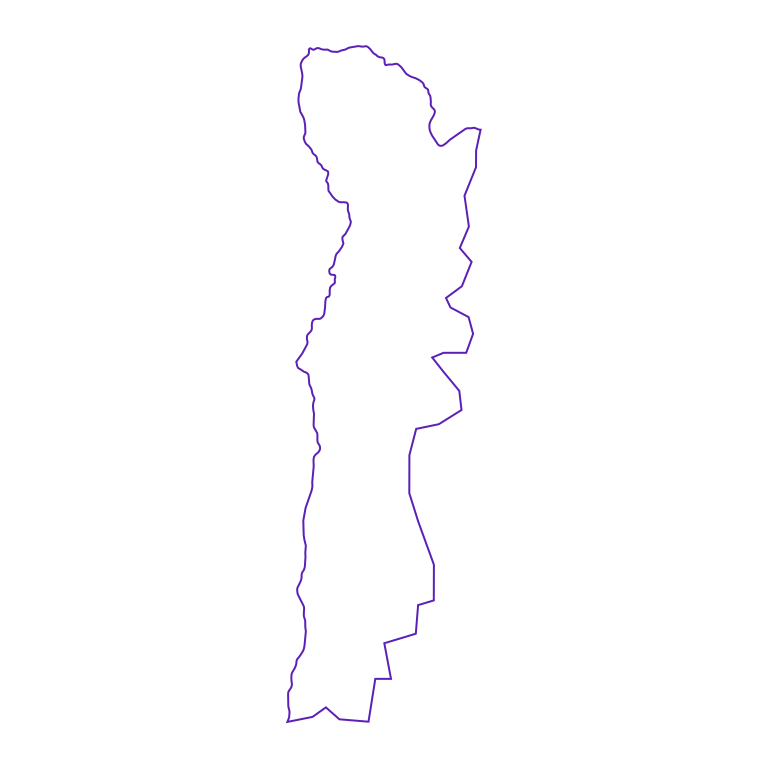 an SVG outline of Alaotra-Mangoro
{"feature_id": "MDG-5860", "entity_name": "Alaotra-Mangoro", "entity_type": "Autonomous Province", "adm_level": 1, "iso_a3": "MDG", "parent_name": "Madagascar", "parent_adm1": "", "projection": "albers", "projection_center": [48.177, -18.018], "detail": "fine", "context": "isolated", "style": "outline", "palette": "violet", "viewbox_px": 768, "rotation_deg": 0, "n_neighbors": 0, "source": "natural_earth", "source_scale": "10m", "svg_char_len": 5223}
<svg xmlns="http://www.w3.org/2000/svg" viewBox="0 0 768 768"><path d="M291.9,683.7L291.4,680.0L291.4,675.5L291.7,673.9L292.1,672.7L294.6,668.4L295.8,665.7L296.3,663.7L296.5,661.3L296.8,660.0L297.3,659.1L299.7,656.2L302.8,651.4L303.5,649.9L303.9,648.5L304.5,645.7L305.7,633.2L305.8,630.8L305.3,627.1L305.2,620.4L304.2,617.5L303.9,616.1L303.8,614.2L304.1,608.7L304.0,607.1L303.7,606.1L297.9,594.6L297.5,593.1L297.2,590.6L297.2,589.0L297.5,587.7L300.5,581.6L301.3,579.2L301.6,577.3L301.6,574.9L301.8,573.6L302.2,572.5L303.2,571.1L303.9,569.8L304.6,567.9L304.9,566.0L305.5,556.9L305.3,552.6L305.8,546.2L305.7,545.0L304.4,539.8L303.7,535.2L303.3,520.5L305.6,507.9L311.6,490.6L312.3,487.2L312.4,484.8L312.2,482.4L313.7,466.5L313.5,459.7L313.8,458.0L314.0,456.9L314.3,456.3L315.3,454.9L318.3,452.3L319.0,451.3L319.9,449.7L320.1,448.4L320.0,447.1L319.8,446.1L319.4,445.2L317.9,442.8L317.5,441.4L317.4,439.5L317.4,434.3L317.1,432.9L314.3,428.0L313.8,426.8L313.6,425.1L314.0,413.4L313.9,413.0L313.7,412.4L313.2,409.1L313.0,405.3L313.3,403.2L313.7,401.4L314.4,399.7L314.4,398.5L314.2,397.6L313.2,395.8L312.4,393.9L311.6,389.6L310.9,387.6L309.6,385.0L309.3,384.0L308.6,375.6L308.3,374.6L307.8,373.8L307.2,373.2L306.4,372.7L303.6,371.5L302.0,370.4L301.3,369.9L298.8,368.4L298.0,367.8L297.5,366.7L297.1,365.7L296.3,361.7L302.3,353.4L307.1,344.4L307.6,342.3L307.1,340.0L306.9,338.6L307.0,336.4L307.4,335.1L308.0,334.2L310.0,332.2L311.3,330.6L311.8,329.2L311.9,328.0L311.8,325.0L312.1,322.5L312.6,321.1L313.2,320.2L313.8,319.7L314.2,319.4L315.0,319.2L315.9,318.9L317.0,318.8L318.1,318.9L319.3,318.9L320.7,318.5L322.8,316.6L323.7,315.2L324.2,313.8L325.0,308.0L325.4,301.0L326.0,298.2L326.8,297.2L328.8,296.6L329.4,295.7L329.7,294.7L329.7,290.3L330.1,287.8L330.8,286.5L331.6,285.6L333.5,284.2L334.7,283.1L334.9,282.0L334.7,279.6L335.2,277.7L335.3,276.5L335.1,275.5L334.3,275.0L330.9,274.6L330.0,273.9L329.5,272.9L329.2,271.1L329.4,269.8L329.8,268.9L332.2,267.0L333.2,265.8L333.9,264.2L335.6,256.2L336.1,254.7L336.7,253.6L338.5,251.8L339.7,250.2L342.0,246.8L342.9,244.8L343.4,243.3L342.5,240.0L342.4,238.0L342.7,236.8L343.3,236.0L344.7,234.8L345.8,233.3L349.7,226.1L350.6,223.5L350.8,221.6L350.5,220.6L350.1,219.7L349.7,218.5L349.4,217.0L349.2,214.5L348.8,213.0L348.3,211.9L348.0,210.6L347.8,208.8L348.0,205.6L347.8,204.0L347.2,203.0L346.2,202.5L344.0,202.2L341.6,202.3L340.4,202.2L339.3,202.0L338.4,201.6L335.3,199.5L332.7,196.8L328.6,190.9L328.4,190.0L328.3,185.2L327.9,183.5L327.1,182.3L326.3,181.3L326.2,180.4L328.2,174.3L328.2,172.6L327.9,171.4L327.1,170.9L325.4,170.0L324.5,169.6L323.6,169.1L322.9,168.5L322.4,167.7L321.6,165.9L321.1,165.1L320.4,164.4L319.7,163.9L318.9,163.4L318.1,162.6L317.5,161.6L316.9,158.2L316.6,157.0L316.1,156.2L315.5,155.5L314.1,154.5L313.2,153.6L312.7,153.0L312.3,152.2L311.7,150.2L311.2,149.3L310.6,148.6L310.0,147.9L308.9,146.4L306.1,143.9L305.1,142.3L304.2,140.0L303.7,138.1L303.9,136.7L304.4,135.3L305.2,133.7L305.4,132.3L305.1,125.4L304.4,120.7L303.9,118.7L303.1,116.8L300.3,111.7L300.1,110.7L298.5,102.0L298.5,98.4L299.0,93.8L299.3,92.7L300.5,89.7L300.9,88.4L302.4,77.1L302.4,75.3L302.1,73.0L300.7,66.4L300.7,64.7L300.9,63.4L302.1,60.7L303.2,59.1L304.5,57.8L306.8,56.2L308.3,54.7L308.8,53.3L309.0,52.1L308.9,49.7L309.4,48.7L310.1,48.3L311.0,48.6L312.5,49.5L313.4,49.7L314.0,49.6L314.8,49.3L316.3,48.4L317.3,48.1L318.3,48.1L319.3,48.3L321.1,49.1L323.2,49.6L325.4,49.7L326.4,49.6L327.6,49.6L328.5,50.0L330.2,51.0L331.1,51.4L332.1,51.6L336.6,51.9L337.8,51.8L338.8,51.5L339.8,51.2L340.6,50.7L341.6,50.4L344.8,49.7L345.8,49.3L348.3,48.0L349.3,47.6L358.1,46.1L360.3,46.3L361.3,46.6L362.4,46.6L363.6,46.6L365.5,46.2L366.5,46.3L367.4,46.7L368.2,47.2L370.2,49.1L373.1,52.8L373.7,53.4L376.1,54.9L377.5,56.2L378.4,56.7L379.3,57.1L382.6,57.7L383.5,58.2L384.1,58.9L384.5,59.9L384.7,63.5L385.1,64.4L385.6,65.0L386.4,65.1L388.2,64.6L389.4,64.5L391.7,64.6L395.9,63.8L396.9,63.9L397.8,64.2L399.2,65.3L401.2,67.1L406.3,73.9L409.5,75.9L411.3,76.8L415.3,78.1L418.8,79.8L421.9,82.0L423.2,83.4L423.6,84.2L424.2,86.2L424.7,87.1L425.4,87.7L427.0,88.7L427.7,89.3L428.1,90.0L428.5,92.8L428.9,93.8L429.9,95.4L430.3,96.2L430.5,97.3L430.9,101.9L430.7,104.0L430.8,105.1L431.1,106.0L431.6,106.8L432.2,107.5L434.2,109.5L434.6,110.3L434.9,111.3L434.8,112.4L434.5,113.4L433.8,115.3L430.9,120.3L430.1,122.2L429.5,124.3L429.4,125.5L429.4,127.9L429.8,130.1L430.4,132.1L432.1,135.6L437.9,144.4L438.6,145.0L439.4,145.6L440.4,145.8L441.4,145.8L442.5,145.6L443.3,145.2L444.9,144.1L446.4,143.0L449.8,139.8L465.3,129.0L466.2,128.6L467.2,128.3L468.3,128.2L470.5,128.3L473.6,127.8L474.7,127.9L478.4,129.4L479.5,129.6L480.6,129.7L476.1,150.5L476.0,167.2L464.5,195.7L468.9,226.6L459.8,248.0L471.6,261.9L461.9,286.2L446.0,298.0L450.5,307.5L468.6,317.1L473.1,333.8L466.2,352.8L443.6,352.8L432.2,357.5L443.5,371.8L459.3,390.9L461.5,410.0L438.8,424.2L416.2,428.9L409.4,455.1L409.3,493.2L418.3,521.8L433.9,564.7L433.8,600.4L418.1,605.1L415.8,633.7L384.3,643.2L391.0,678.9L375.3,678.9L368.5,721.7L339.4,719.3L325.9,707.4L312.5,716.9L287.4,721.9L289.1,717.5L289.5,712.7L289.5,711.6L289.2,710.0L288.7,708.2L288.3,706.0L288.1,694.4L288.3,692.2L288.9,690.9L290.9,688.0L291.6,686.3L291.9,684.9L291.9,683.7Z" fill="none" stroke="#5b21b6" stroke-width="2"/></svg>